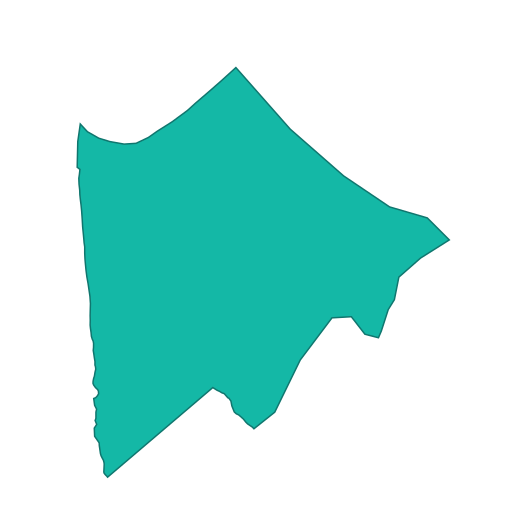 outline of Monkey Town/Ciceron, Castries, Saint Lucia, rotated 169°
{"feature_id": "8701671B38837551888140", "entity_name": "Monkey Town/Ciceron", "entity_type": "district", "adm_level": 2, "iso_a3": "LCA", "parent_name": "Saint Lucia", "parent_adm1": "Castries", "projection": "mercator", "projection_center": [-61.005, 13.989], "detail": "fine", "context": "isolated", "style": "filled", "palette": "teal", "viewbox_px": 512, "rotation_deg": 169, "n_neighbors": 0, "source": "geoboundaries", "source_scale": "gbopen_adm2", "svg_char_len": 1683}
<svg xmlns="http://www.w3.org/2000/svg" viewBox="0 0 512 512"><g transform="rotate(169 256 256)"><path d="M446.4,91.6L446.2,89.5L445.4,86.6L444.8,84.8L444.6,82.0L444.8,80.4L445.3,78.3L446.1,75.0L446.6,73.0L446.5,71.7L445.6,70.0L444.4,68.2L443.9,67.2L323.5,135.1L319.8,131.6L317.5,130.0L315.7,128.3L313.4,126.9L310.7,122.2L309.7,121.5L308.3,118.4L308.3,113.5L307.1,107.1L305.4,104.8L303.4,103.4L299.5,98.4L297.7,94.9L296.3,92.8L292.2,88.7L291.0,86.8L267.4,99.1L232.4,145.5L193.2,180.8L174.0,178.2L164.0,158.4L151.4,152.4L147.3,158.4L136.4,178.2L128.5,186.7L119.8,208.0L94.8,222.6L63.2,234.9L80.6,260.7L115.5,278.7L154.7,317.9L198.2,374.0L239.8,444.8L256.8,434.5L270.0,426.8L286.0,417.7L295.6,411.9L312.8,403.7L329.2,397.3L339.0,392.9L352.2,389.5L364.1,391.0L377.6,396.2L387.8,401.6L397.7,410.1L403.3,419.1L409.1,402.4L414.6,377.2L412.3,374.6L413.9,369.5L415.1,366.1L416.0,360.3L416.5,354.2L417.2,349.8L417.6,345.3L418.0,339.5L418.6,333.1L419.6,325.1L420.6,317.8L421.2,311.5L421.8,305.4L422.2,301.9L422.4,297.6L423.6,291.5L424.5,285.3L425.0,280.5L425.6,274.2L426.0,267.8L426.1,261.0L426.4,254.6L426.7,248.2L427.6,240.9L429.2,233.7L430.2,229.1L431.0,224.4L432.0,219.8L432.3,216.6L432.5,212.5L432.9,208.6L432.6,205.6L432.1,203.8L432.1,201.3L432.9,197.4L433.8,194.3L433.9,190.8L434.1,186.9L434.2,183.1L434.9,179.7L434.7,177.9L434.9,175.5L436.2,172.6L437.6,168.8L438.7,166.9L439.8,164.2L440.3,162.1L440.0,160.4L438.7,157.5L436.9,155.0L436.5,153.4L436.8,150.8L438.5,148.9L440.4,147.5L442.5,147.1L442.9,140.2L441.7,136.1L442.9,133.3L444.1,127.2L445.3,125.2L444.5,121.1L447.6,117.9L448.8,109.8L445.6,102.5L446.0,99.7L446.4,91.6Z" fill="#14b8a6" stroke="#0f766e" stroke-width="1.5"/></g></svg>